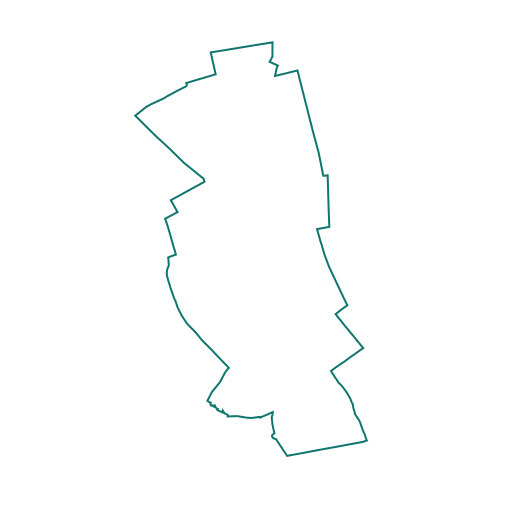 the district of Cuca, Galati, Romania, rotated 164°
{"feature_id": "2599482B7817102818431", "entity_name": "Cuca", "entity_type": "district", "adm_level": 2, "iso_a3": "ROU", "parent_name": "Romania", "parent_adm1": "Galati", "projection": "albers", "projection_center": [27.903, 45.741], "detail": "fine", "context": "isolated", "style": "outline", "palette": "teal", "viewbox_px": 512, "rotation_deg": 164, "n_neighbors": 0, "source": "geoboundaries", "source_scale": "gbopen_adm2", "svg_char_len": 3530}
<svg xmlns="http://www.w3.org/2000/svg" viewBox="0 0 512 512"><g transform="rotate(164 256 256)"><path d="M243.4,464.2L243.9,455.9L244.7,441.8L263.7,441.6L275.4,441.5L275.3,440.0L275.4,439.3L275.8,438.9L276.7,438.3L285.8,436.6L298.0,433.9L300.8,433.0L315.1,430.8L320.7,429.5L324.8,427.7L333.4,424.2L333.0,423.5L322.4,404.5L318.6,397.8L310.6,384.8L303.0,371.5L299.5,365.3L298.6,364.0L296.3,360.8L290.3,352.1L285.0,344.7L285.1,344.0L285.1,343.0L285.0,341.7L285.9,341.4L322.5,333.1L320.5,324.8L320.1,323.4L320.0,322.1L319.2,319.9L326.1,318.4L333.1,316.9L332.9,314.5L332.7,310.0L332.6,301.3L332.7,288.9L332.6,284.8L332.6,279.4L335.3,279.3L337.9,279.1L339.8,279.0L340.9,278.7L341.0,277.6L341.2,276.5L341.9,273.3L342.3,271.4L342.9,270.3L344.9,267.8L345.5,266.7L346.7,263.5L347.0,261.9L347.1,258.0L347.0,250.9L347.0,249.5L346.5,240.8L346.3,237.0L345.8,235.3L345.6,228.9L344.4,222.0L343.8,219.1L342.9,216.2L341.2,210.7L339.8,207.8L335.1,199.3L334.2,197.2L331.1,189.9L323.7,176.5L322.8,174.6L312.9,155.9L315.3,154.5L317.5,152.8L319.1,151.2L321.0,149.2L323.9,146.3L325.4,144.7L331.0,140.8L334.6,138.4L336.2,137.1L342.6,130.2L341.9,129.2L339.9,127.4L340.8,126.2L340.4,124.7L335.9,123.5L338.2,123.1L336.2,121.3L335.8,119.9L334.9,119.4L335.5,118.5L332.0,115.4L331.4,114.9L330.5,116.5L329.7,113.5L327.0,111.1L327.5,109.6L327.1,109.5L318.3,107.3L308.1,102.5L306.3,102.1L304.8,101.4L302.8,101.2L296.7,100.3L296.6,99.5L295.4,99.7L289.5,100.4L282.9,101.3L284.2,98.2L285.3,96.9L286.6,89.6L286.9,85.9L287.2,80.5L289.6,79.5L290.3,78.6L289.9,76.4L287.1,74.1L286.1,70.8L281.2,55.3L246.6,52.0L232.9,50.6L221.2,49.5L219.2,49.3L211.4,48.5L204.9,47.9L204.0,47.8L203.7,47.8L202.2,48.1L200.3,48.1L200.5,49.1L200.5,49.9L200.6,51.8L200.7,53.4L200.6,54.0L200.7,54.3L200.7,54.5L200.7,55.0L200.9,56.1L201.4,59.6L201.4,61.4L201.5,62.7L201.7,64.5L201.7,66.0L201.9,67.7L202.0,68.8L202.0,69.1L202.2,69.5L202.5,70.5L202.7,71.1L202.7,71.3L202.8,71.4L202.9,71.9L203.0,72.5L203.4,73.5L203.5,73.9L203.9,74.9L204.2,75.9L204.3,76.3L204.3,77.0L204.3,77.7L204.3,78.7L204.2,79.8L204.3,81.4L204.3,82.4L204.3,83.2L204.2,84.1L204.2,84.6L204.0,85.8L203.9,87.0L204.0,87.5L204.0,87.8L204.2,88.5L204.4,89.4L204.5,89.9L204.5,90.7L204.6,91.5L204.6,92.3L204.7,93.1L204.8,93.6L204.9,94.1L205.1,94.6L205.2,95.0L205.3,95.4L205.6,96.8L206.0,98.1L206.2,99.1L206.5,100.0L206.8,101.0L207.1,101.8L207.6,102.9L208.0,104.2L208.4,105.2L208.7,106.0L209.1,106.9L209.8,108.5L210.3,109.4L210.5,109.8L211.1,110.5L211.4,110.9L211.5,111.4L211.8,112.2L212.2,113.9L212.8,115.7L213.4,117.3L213.9,119.2L214.7,121.5L215.3,123.5L215.6,124.8L214.4,125.3L212.9,125.8L210.4,126.8L208.2,127.5L205.6,128.4L203.8,129.0L202.6,129.4L200.2,130.1L197.9,131.0L196.0,131.7L194.3,132.4L192.1,133.2L189.9,133.9L188.3,134.4L186.0,135.2L184.4,135.8L183.0,136.3L181.2,137.0L179.4,137.6L178.3,137.9L178.6,138.7L179.2,139.9L179.5,140.8L179.8,141.4L180.5,143.0L181.5,145.3L182.4,147.3L183.2,149.3L183.9,151.0L184.6,152.6L185.3,154.1L185.9,155.5L187.4,158.9L187.7,159.7L188.0,160.4L188.5,161.3L188.9,162.4L189.7,164.1L189.9,164.7L194.3,175.2L195.5,178.2L189.1,180.8L187.3,181.5L181.8,183.4L182.8,188.9L188.7,225.1L189.1,229.8L189.7,237.3L189.8,242.4L189.8,249.3L190.0,252.5L189.9,265.0L177.5,263.8L173.5,280.0L165.8,310.2L164.9,313.9L166.8,314.0L169.2,314.6L167.3,337.9L166.9,362.6L166.7,367.5L166.6,371.6L165.0,422.9L187.9,423.8L188.1,423.8L184.1,431.3L183.2,432.3L182.5,433.0L189.4,438.9L185.2,443.2L181.6,455.7L181.2,456.8L204.3,459.6L211.5,460.4L230.2,462.6L243.4,464.2Z" fill="none" stroke="#0f766e" stroke-width="2"/></g></svg>